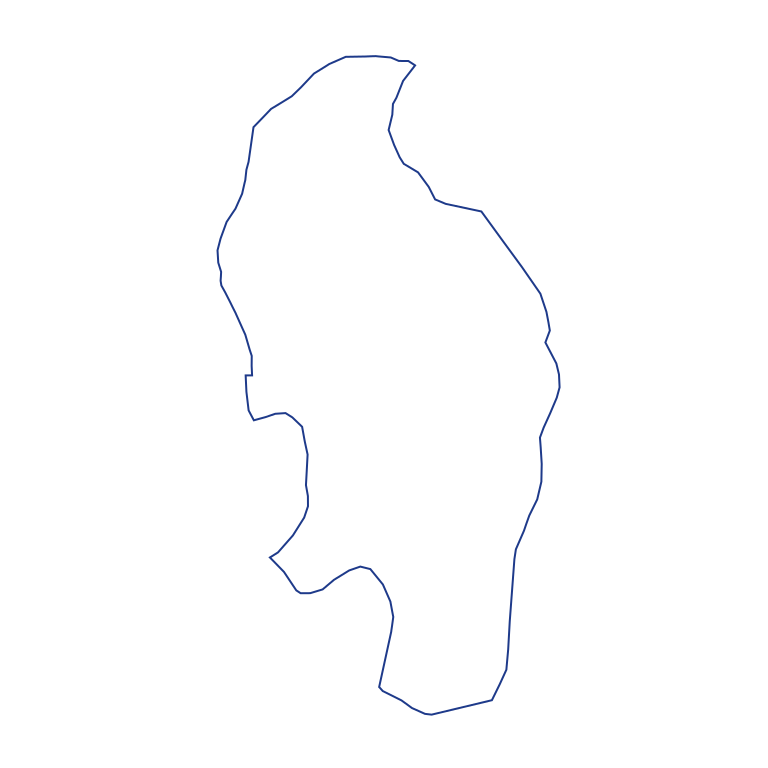 outline of Dreikish, Tartus, Syria, rotated 274°
{"feature_id": "27442178B79430829635583", "entity_name": "Dreikish", "entity_type": "district", "adm_level": 2, "iso_a3": "SYR", "parent_name": "Syria", "parent_adm1": "Tartus", "projection": "albers", "projection_center": [36.147, 34.928], "detail": "fine", "context": "isolated", "style": "outline", "palette": "blue", "viewbox_px": 768, "rotation_deg": 274, "n_neighbors": 0, "source": "geoboundaries", "source_scale": "gbopen_adm2", "svg_char_len": 1802}
<svg xmlns="http://www.w3.org/2000/svg" viewBox="0 0 768 768"><g transform="rotate(274 384 384)"><path d="M382.9,245.4L366.6,247.3L348.2,250.8L338.7,256.7L342.7,268.1L346.7,277.6L348.1,287.8L344.3,294.9L335.6,305.3L322.2,308.7L320.7,309.1L308.3,312.7L291.1,313.0L277.7,313.2L266.9,315.9L256.7,316.7L245.2,313.7L226.6,303.7L208.6,290.0L203.0,282.3L189.6,297.3L172.0,310.9L169.5,315.4L170.2,325.0L174.8,337.1L185.2,347.8L195.6,362.3L200.2,373.1L198.4,383.3L183.9,396.9L167.3,405.6L166.4,405.8L154.1,409.0L152.3,409.5L143.3,408.9L138.1,408.5L137.5,408.5L81.4,400.3L77.6,404.2L69.6,423.5L62.7,434.5L57.8,447.9L57.5,454.6L76.1,513.7L92.8,520.5L107.5,526.0L127.9,526.4L134.6,526.3L156.0,526.0L218.4,526.3L228.3,527.1L247.5,533.9L254.7,535.8L256.1,536.2L262.9,538.1L279.6,544.9L297.5,547.8L315.3,546.9L331.9,544.7L341.4,543.3L351.6,546.3L366.4,551.8L382.4,557.3L392.9,559.4L405.7,557.9L416.5,554.5L436.7,542.1L448.9,545.7L457.1,543.7L467.3,541.0L485.0,533.7L510.2,513.5L534.1,493.3L562.9,469.1L568.0,433.0L571.7,422.1L583.7,414.9L597.5,403.2L605.0,388.4L605.8,387.8L611.3,383.8L623.2,377.4L637.7,370.9L653.2,373.5L664.0,373.4L670.4,376.4L687.7,381.9L704.0,392.8L704.2,392.5L707.9,385.8L707.3,376.3L710.2,368.0L710.4,355.3L710.5,352.8L710.4,352.0L710.1,348.9L709.4,342.6L707.7,323.0L699.4,307.1L697.6,304.7L688.8,292.5L674.3,280.6L664.6,271.9L656.5,260.6L650.6,252.2L642.4,245.4L631.1,235.9L596.2,233.4L588.1,231.8L577.7,231.4L574.9,230.9L563.9,229.2L548.5,223.6L543.0,220.4L534.7,215.7L526.3,213.3L523.9,212.6L517.6,210.8L505.7,208.6L493.5,210.2L484.5,213.7L479.8,213.8L475.6,213.8L470.9,214.9L464.3,219.2L454.8,224.9L450.3,227.5L446.1,230.0L444.6,230.9L442.7,231.9L429.8,238.8L423.5,242.2L408.9,247.6L402.8,250.1L392.9,250.7L383.4,251.8L382.9,245.4Z" fill="none" stroke="#1e3a8a" stroke-width="2"/></g></svg>